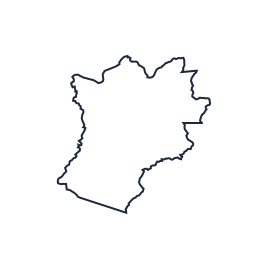 Lagoa do Tocantins, Tocantins, Brazil (Natural Earth projection), rotated 60°
{"feature_id": "56859067B37733524281013", "entity_name": "Lagoa do Tocantins", "entity_type": "district", "adm_level": 2, "iso_a3": "BRA", "parent_name": "Brazil", "parent_adm1": "Tocantins", "projection": "natural_earth1", "projection_center": [-47.496, -10.345], "detail": "fine", "context": "isolated", "style": "outline", "palette": "slate", "viewbox_px": 256, "rotation_deg": 60, "n_neighbors": 0, "source": "geoboundaries", "source_scale": "gbopen_adm2", "svg_char_len": 3489}
<svg xmlns="http://www.w3.org/2000/svg" viewBox="0 0 256 256"><g transform="rotate(60 128 128)"><path d="M200.5,171.9L198.4,171.0L197.2,170.7L196.3,168.9L195.3,167.3L195.3,165.7L193.6,165.1L193.2,163.7L192.5,161.7L191.7,158.7L192.0,156.2L191.4,154.2L191.9,152.0L190.6,148.7L190.4,146.9L188.2,144.8L186.9,145.5L185.3,145.5L184.0,145.8L182.3,145.9L180.5,145.5L178.9,144.1L177.5,142.9L177.0,141.1L175.8,139.0L174.7,137.4L173.5,135.8L171.6,136.4L171.7,134.0L172.8,132.0L174.3,131.7L174.2,130.2L174.3,128.4L172.7,127.5L172.7,125.7L173.4,124.2L173.9,122.7L172.8,121.5L171.6,119.6L172.7,118.3L172.7,116.4L173.5,115.2L171.8,114.4L173.2,113.0L173.3,110.8L174.0,109.7L174.3,108.3L175.5,106.8L177.1,106.3L177.7,104.6L177.3,102.7L177.9,101.4L178.4,99.6L180.1,99.1L181.6,97.6L180.6,96.7L179.9,95.4L178.6,96.1L177.4,96.1L178.1,94.7L177.9,92.5L176.8,91.0L176.9,88.9L176.2,86.9L176.6,85.6L177.6,84.3L176.3,82.8L175.6,81.8L175.5,80.4L174.5,79.5L172.8,79.3L171.0,80.2L169.4,81.0L168.3,81.8L166.8,81.8L165.5,81.7L163.8,81.3L162.7,78.9L160.8,79.0L158.8,79.3L157.6,79.4L156.1,79.0L153.7,77.3L151.4,77.5L161.0,60.9L159.1,62.1L157.7,61.9L156.4,60.8L154.7,58.9L153.5,57.2L153.0,54.5L152.0,52.9L151.0,50.6L149.8,50.7L148.3,50.0L148.1,47.8L148.7,46.0L148.0,44.8L146.0,44.0L143.7,43.1L142.1,43.9L141.3,45.8L139.5,47.8L139.0,49.1L137.7,50.5L137.7,53.3L137.1,54.9L134.9,55.7L132.8,56.6L131.2,55.4L130.4,53.9L128.2,53.4L126.8,54.0L124.8,52.1L123.6,50.3L122.1,50.6L120.8,50.1L119.3,50.1L118.1,49.4L116.7,48.0L115.7,46.3L115.2,45.0L114.4,43.8L114.0,41.2L112.8,39.8L111.7,42.1L106.5,53.4L105.9,51.8L105.0,50.8L103.7,50.4L101.9,47.8L100.9,47.2L99.4,46.6L97.9,45.6L96.0,45.1L94.9,44.9L94.1,47.3L92.7,49.1L92.3,52.0L91.2,52.7L90.5,54.1L90.8,55.5L91.6,56.7L91.6,58.5L91.1,60.0L91.1,61.3L90.7,63.1L91.5,65.8L91.5,67.4L92.2,68.6L91.6,70.5L91.5,73.1L92.3,75.0L94.1,77.5L95.0,78.6L96.0,80.8L95.8,82.7L95.1,84.2L93.8,85.9L92.3,84.9L90.2,85.4L88.8,85.5L86.5,84.9L85.2,84.4L84.0,84.3L82.9,84.9L80.6,85.9L79.3,87.1L77.0,87.0L75.6,87.0L74.5,87.8L73.7,89.3L72.4,91.6L71.0,92.2L69.7,92.1L68.7,90.9L67.2,91.7L66.7,93.0L65.4,92.5L65.0,93.9L64.4,95.7L65.4,99.8L66.2,101.3L66.7,102.7L68.5,103.5L68.6,107.9L66.9,119.7L68.5,122.6L69.5,123.4L71.0,124.0L73.8,125.2L74.8,126.2L75.1,127.8L74.9,129.5L74.1,131.3L71.6,132.6L69.2,134.0L67.5,135.8L65.6,137.8L64.3,139.0L63.1,140.2L62.1,141.4L60.8,142.0L59.2,143.4L57.9,143.9L56.9,144.7L56.1,145.9L55.5,147.4L55.5,149.2L56.0,150.7L58.2,150.4L60.5,151.6L60.5,153.2L60.7,154.7L62.8,155.4L65.0,155.6L65.4,153.4L67.5,154.3L69.0,154.7L70.1,155.4L70.5,154.1L72.1,154.8L73.4,156.4L75.0,157.4L74.6,159.7L76.0,161.2L77.1,161.9L78.4,160.1L79.6,160.5L80.8,160.1L82.0,158.5L84.0,158.8L85.5,158.1L86.6,158.6L87.5,159.5L90.1,157.9L92.0,158.6L92.9,159.7L93.5,160.8L95.2,162.2L96.5,163.3L98.1,163.6L100.5,164.0L103.0,164.2L104.5,165.1L105.0,166.4L106.7,164.9L107.6,165.8L108.8,167.5L109.9,169.4L110.7,170.8L111.5,172.0L112.8,172.5L114.0,172.6L114.6,174.7L114.6,177.0L115.9,176.6L117.2,176.2L118.4,176.1L119.4,176.9L119.1,178.2L117.7,179.3L119.0,179.8L119.7,181.0L120.6,180.0L122.5,180.2L123.6,181.2L124.0,183.8L124.6,186.9L126.6,186.6L127.4,188.4L126.9,190.1L127.8,192.6L127.7,195.0L130.3,197.4L130.2,199.6L131.1,202.4L134.7,203.1L135.7,206.7L137.0,209.4L137.1,211.3L137.1,213.5L138.7,215.3L140.9,216.2L143.2,214.0L143.8,212.5L144.6,211.2L145.5,209.6L147.8,210.6L150.6,211.8L152.6,209.4L154.3,208.6L156.9,207.1L160.2,205.9L162.7,205.7L164.7,204.1L200.5,171.9Z" fill="none" stroke="#1e293b" stroke-width="2"/></g></svg>